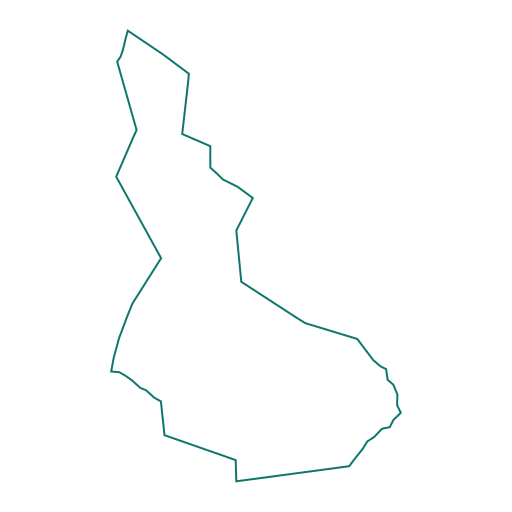 Olho D'Água do Piauí, Piauí, Brazil
{"feature_id": "56859067B64326176741093", "entity_name": "Olho D'Água do Piauí", "entity_type": "district", "adm_level": 2, "iso_a3": "BRA", "parent_name": "Brazil", "parent_adm1": "Piauí", "projection": "mercator", "projection_center": [-42.549, -5.829], "detail": "fine", "context": "isolated", "style": "outline", "palette": "teal", "viewbox_px": 512, "rotation_deg": 0, "n_neighbors": 0, "source": "geoboundaries", "source_scale": "gbopen_adm2", "svg_char_len": 802}
<svg xmlns="http://www.w3.org/2000/svg" viewBox="0 0 512 512"><path d="M236.3,481.3L349.2,466.2L354.3,459.4L362.9,448.6L367.2,441.5L373.9,437.2L382.1,428.7L389.7,427.2L393.5,419.8L400.8,412.8L397.1,405.2L397.4,394.6L393.4,384.8L387.6,379.7L386.1,369.1L380.5,366.3L373.3,360.2L357.3,339.0L305.4,323.2L296.2,317.5L241.3,281.8L236.3,230.5L252.8,198.0L237.6,186.8L222.9,179.5L217.7,174.3L210.3,167.6L210.3,146.2L182.2,134.0L188.0,83.3L188.9,73.8L163.0,54.4L127.8,30.7L125.6,38.5L124.2,44.8L122.5,51.3L120.5,56.8L117.2,61.7L136.6,130.0L133.4,137.0L116.2,176.7L161.1,258.2L132.4,303.6L126.8,317.5L119.0,338.3L113.7,357.9L111.2,371.5L119.3,372.2L126.0,376.1L132.4,380.7L140.3,387.9L146.1,390.3L154.1,397.6L160.9,401.4L164.5,435.2L235.7,460.1L236.3,481.3Z" fill="none" stroke="#0f766e" stroke-width="2"/></svg>